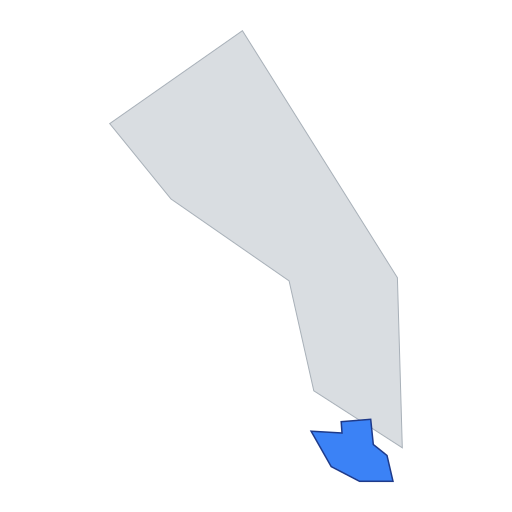 Seychelles, with Takamaka highlighted
{"feature_id": "SYC-5220", "entity_name": "Takamaka", "entity_type": "state/province", "adm_level": 1, "iso_a3": "SYC", "parent_name": "Seychelles", "parent_adm1": "", "projection": "albers", "projection_center": [55.519, -4.787], "detail": "fine", "context": "in_parent", "style": "filled", "palette": "blue", "viewbox_px": 512, "rotation_deg": 0, "n_neighbors": 0, "source": "natural_earth", "source_scale": "10m", "svg_char_len": 409}
<svg xmlns="http://www.w3.org/2000/svg" viewBox="0 0 512 512"><path d="M397.4,277.7L402.3,447.8L313.8,390.8L289.1,280.9L171.0,199.0L109.7,123.6L242.4,30.7L397.4,277.7Z" fill="#d9dde1" stroke="#a8b0b8" stroke-width="1"/><path d="M370.7,419.3L373.3,444.5L387.0,455.5L393.0,481.3L359.5,481.3L331.2,466.6L311.1,431.2L342.0,433.0L341.2,421.7L370.7,419.3Z" fill="#3b82f6" stroke="#1e3a8a" stroke-width="1.5"/></svg>